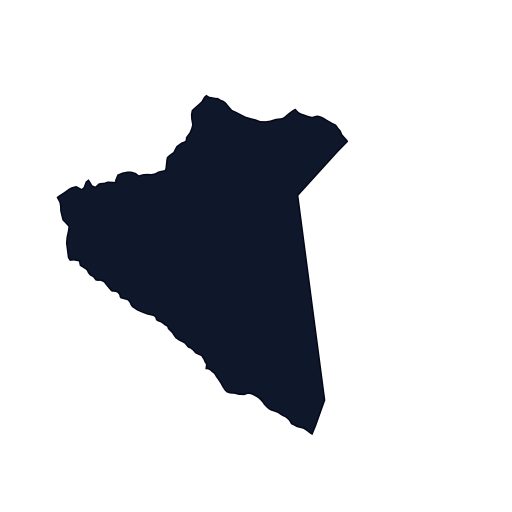 Samrang, Samdrup Jongkhar, Bhutan, rotated 320°
{"feature_id": "84629894B7351985376412", "entity_name": "Samrang", "entity_type": "district", "adm_level": 2, "iso_a3": "BTN", "parent_name": "Bhutan", "parent_adm1": "Samdrup Jongkhar", "projection": "albers", "projection_center": [91.824, 26.908], "detail": "fine", "context": "isolated", "style": "filled", "palette": "ink", "viewbox_px": 512, "rotation_deg": 320, "n_neighbors": 0, "source": "geoboundaries", "source_scale": "gbopen_adm2", "svg_char_len": 3047}
<svg xmlns="http://www.w3.org/2000/svg" viewBox="0 0 512 512"><g transform="rotate(320 256 256)"><path d="M380.2,169.0L377.5,168.5L372.5,168.2L367.0,168.3L364.2,167.7L358.9,164.2L353.6,162.0L349.7,159.6L346.5,156.8L345.3,155.6L342.9,151.3L340.1,147.5L337.0,142.9L332.7,132.7L330.9,129.0L330.8,125.2L330.8,121.6L330.9,119.5L330.3,116.6L328.8,113.9L327.8,110.8L326.1,109.3L323.6,106.2L321.9,104.2L321.0,101.3L318.6,101.4L313.8,103.2L309.9,103.4L304.9,103.5L300.7,103.7L297.6,106.3L295.0,109.7L291.9,115.0L288.6,117.3L284.7,119.3L279.0,120.7L276.6,123.0L274.5,122.9L271.7,121.8L268.9,121.6L265.7,121.4L263.0,122.5L259.6,124.0L257.4,123.8L254.4,123.6L251.5,123.7L249.5,125.3L243.8,130.8L241.5,132.4L235.4,129.2L231.5,128.4L227.9,126.4L225.5,124.1L222.1,121.5L217.5,119.4L216.7,115.5L214.5,112.0L211.8,109.5L207.2,106.9L202.3,105.3L197.1,108.0L196.6,109.5L194.7,108.7L189.9,104.2L186.8,103.1L183.8,101.0L182.0,100.0L177.1,100.3L175.3,96.8L175.9,93.3L176.3,90.3L173.4,90.3L168.4,93.2L165.1,93.3L162.8,87.4L158.8,85.5L156.2,84.9L152.0,84.6L149.6,84.4L143.4,83.6L141.5,83.6L140.5,88.8L138.6,92.1L135.5,96.1L132.0,103.1L131.4,104.6L131.7,107.1L131.9,113.3L128.2,116.6L123.5,120.2L119.2,124.5L111.4,136.7L111.0,139.7L114.1,141.9L117.7,146.3L115.5,150.3L117.5,156.4L117.8,158.3L117.0,161.3L117.0,164.1L118.0,166.5L118.3,167.9L118.2,169.6L118.1,171.4L119.0,172.6L121.3,174.4L122.5,176.4L123.3,178.4L123.1,182.2L123.1,188.8L123.3,190.3L124.6,191.4L126.2,193.2L127.0,195.0L127.0,196.9L126.9,198.3L126.0,199.7L125.8,201.2L127.8,204.1L128.8,205.5L129.8,207.0L130.0,209.2L129.8,210.9L129.1,213.1L128.9,215.4L130.6,221.1L133.0,225.9L135.7,230.7L139.2,235.3L139.9,236.8L139.9,238.8L139.2,240.3L139.0,241.4L139.7,243.1L141.0,245.3L141.7,247.7L142.2,250.4L143.1,252.3L143.0,253.9L142.3,255.4L142.7,258.9L142.8,261.3L142.4,264.2L142.2,267.1L143.3,271.2L145.1,275.2L145.8,277.4L145.7,278.8L145.7,282.3L147.0,284.6L147.6,287.9L147.6,291.2L148.5,293.3L150.5,297.4L150.3,298.5L149.9,301.7L149.0,304.5L148.8,307.1L145.5,310.2L146.9,311.4L148.0,313.9L148.3,316.6L148.8,318.5L148.8,320.5L148.3,323.0L148.1,326.3L147.6,330.6L146.8,334.7L146.3,338.4L146.5,341.3L148.2,344.1L151.1,346.9L151.9,347.8L153.8,350.6L156.5,353.1L158.0,354.5L160.8,355.4L162.9,357.0L164.2,358.9L165.2,361.0L166.5,364.4L167.1,366.6L167.4,369.3L167.5,372.8L167.2,374.9L167.5,379.1L168.0,381.7L168.8,383.8L170.3,386.1L171.4,388.1L172.5,389.9L173.3,393.0L174.1,395.4L175.4,398.0L175.9,400.3L176.2,403.3L175.9,405.2L175.5,407.3L176.6,409.6L177.7,412.6L178.5,413.9L180.0,415.8L182.0,418.8L182.5,420.6L183.2,422.9L183.6,425.3L184.5,428.4L192.5,424.2L215.9,410.5L244.0,366.4L326.9,236.3L385.6,228.3L399.6,226.9L399.8,225.7L399.6,219.9L399.6,217.9L400.3,216.0L400.8,214.1L400.7,211.9L400.7,210.5L401.0,208.4L401.0,206.9L400.6,205.9L399.7,204.1L398.8,201.7L397.5,198.2L396.8,196.1L396.4,194.7L395.4,192.2L394.3,190.3L393.0,188.5L391.3,187.5L388.9,186.5L387.8,185.8L386.2,183.7L384.3,180.7L383.0,178.4L381.6,176.2L380.5,173.5L380.3,171.4L380.2,169.0Z" fill="#0f172a" stroke="#020617" stroke-width="1.5"/></g></svg>